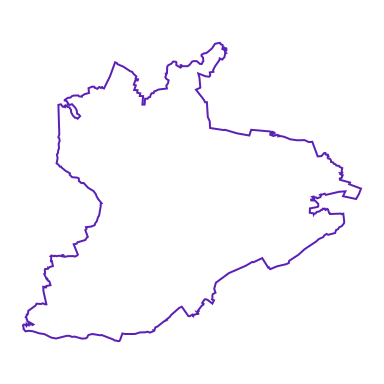 Beresti-Tazlau, Bacau, Romania
{"feature_id": "2599482B13595150483809", "entity_name": "Beresti-Tazlau", "entity_type": "district", "adm_level": 2, "iso_a3": "ROU", "parent_name": "Romania", "parent_adm1": "Bacau", "projection": "natural_earth1", "projection_center": [26.669, 46.487], "detail": "fine", "context": "isolated", "style": "outline", "palette": "violet", "viewbox_px": 384, "rotation_deg": 0, "n_neighbors": 0, "source": "geoboundaries", "source_scale": "gbopen_adm2", "svg_char_len": 5821}
<svg xmlns="http://www.w3.org/2000/svg" viewBox="0 0 384 384"><path d="M150.0,332.6L153.6,331.1L153.4,330.3L154.4,330.4L155.4,327.3L157.4,326.6L164.1,321.3L166.4,320.3L166.7,320.1L166.2,319.8L170.0,316.7L171.0,315.1L179.2,307.9L181.8,306.7L188.4,316.1L189.6,316.2L192.3,314.7L192.7,315.6L193.5,315.0L193.6,315.5L193.9,315.0L196.3,314.0L198.0,314.0L198.3,313.7L196.9,312.0L197.3,312.1L197.7,311.3L198.2,311.6L198.7,311.1L198.2,310.7L198.5,309.9L202.0,305.4L203.3,304.8L203.6,303.9L202.2,302.9L204.6,299.4L205.6,299.2L207.6,299.9L212.4,303.6L214.0,300.3L212.0,299.4L212.5,297.5L212.4,295.4L212.8,294.1L215.5,292.7L214.2,288.8L215.9,282.7L228.9,273.1L245.9,265.7L252.3,261.9L253.6,262.2L262.2,258.1L268.2,267.6L268.8,267.2L270.1,269.2L277.1,266.3L286.1,264.2L288.8,263.0L289.2,260.8L298.4,254.8L304.7,249.1L315.9,241.7L318.9,239.0L323.1,237.2L324.3,235.4L326.6,233.9L328.2,234.8L335.1,233.0L336.1,230.0L338.0,229.2L339.1,227.4L341.9,226.0L344.0,223.3L344.2,221.5L343.3,213.7L341.6,214.2L341.0,213.6L330.0,214.0L329.8,213.2L329.1,213.0L328.0,209.5L327.3,208.9L325.6,209.9L325.1,208.7L324.6,208.6L324.4,209.2L322.7,208.7L322.0,210.0L320.6,210.3L319.7,211.3L316.6,212.0L315.5,213.5L314.3,213.6L313.8,214.4L313.7,213.4L309.8,212.8L309.9,208.4L317.8,206.9L318.3,206.1L318.2,203.8L314.9,200.5L311.2,200.4L311.1,199.6L314.5,199.1L313.7,198.9L313.0,197.4L312.3,196.9L313.6,196.5L314.5,198.1L315.0,197.3L316.4,197.5L317.1,198.3L320.3,197.2L320.9,196.1L320.9,195.5L320.1,194.9L321.0,194.4L322.0,194.6L324.8,193.7L325.8,194.9L339.0,191.8L345.4,191.3L343.0,196.2L356.1,199.0L359.0,193.9L361.0,188.6L349.1,184.2L350.0,182.5L339.9,179.8L339.8,178.5L341.5,178.0L342.2,176.7L342.0,176.0L342.7,175.4L342.6,174.9L340.4,174.2L340.6,173.7L340.1,173.1L341.9,173.1L342.4,172.6L341.6,171.2L342.3,168.1L339.6,166.9L339.1,165.9L336.3,165.5L335.6,164.3L333.7,163.7L333.2,162.5L331.0,161.9L331.0,160.4L330.0,158.8L328.2,158.5L327.7,157.7L327.8,156.1L328.4,156.1L327.9,154.7L325.8,154.6L325.5,153.1L325.1,152.9L324.1,153.1L321.4,156.1L317.7,156.4L312.3,141.8L308.9,142.1L304.5,140.1L297.3,140.3L290.3,139.3L284.2,136.8L280.8,136.1L278.5,136.3L279.0,135.5L277.2,134.8L273.4,136.0L270.2,134.7L270.5,133.3L272.7,133.8L274.6,133.4L274.5,132.7L272.5,131.8L271.8,132.0L269.5,131.4L251.2,129.8L249.3,135.5L237.3,133.4L225.0,129.8L223.9,130.1L210.1,128.0L209.7,121.2L207.8,117.0L206.9,102.2L205.1,102.3L203.8,99.7L196.0,89.7L200.3,87.7L199.5,78.0L198.3,73.5L205.6,76.3L209.2,76.7L210.2,75.6L209.8,72.4L213.4,71.8L213.1,70.1L215.1,66.2L219.3,60.3L219.7,58.4L222.2,59.6L224.5,57.0L225.1,53.7L226.2,53.1L225.0,52.0L224.8,50.8L224.9,50.4L226.3,50.5L226.4,50.2L225.3,49.9L226.3,48.8L226.2,48.3L224.4,48.0L224.2,48.5L224.0,47.8L223.4,48.2L223.2,49.4L222.3,49.0L222.9,46.8L222.6,45.0L220.6,44.2L220.5,43.3L219.6,42.8L215.0,43.8L212.0,48.4L207.8,52.0L206.1,53.1L204.0,53.4L201.6,54.7L201.5,55.9L203.1,57.7L203.3,61.3L202.4,62.2L202.2,63.5L201.7,64.0L199.9,63.9L196.7,61.1L193.6,61.1L192.1,61.6L189.9,64.5L187.7,66.2L182.4,66.2L181.4,65.1L180.7,65.1L180.9,67.4L180.5,67.6L176.3,65.1L176.4,62.4L175.9,61.8L173.2,61.5L171.4,63.7L168.4,65.1L167.2,66.7L167.0,72.9L166.9,73.5L165.8,73.6L166.0,75.5L165.3,77.2L166.4,78.9L168.6,80.3L168.0,83.3L166.3,85.6L166.9,88.5L158.7,89.5L154.0,91.6L153.6,93.2L151.8,93.2L150.8,94.5L150.1,97.0L148.6,97.3L147.7,98.7L145.1,98.7L144.6,104.6L142.4,104.6L143.1,96.1L139.8,96.0L140.3,93.4L137.2,92.7L137.5,90.2L134.2,90.0L135.8,85.4L133.8,84.7L135.5,80.0L137.6,80.5L138.0,79.3L136.6,79.2L135.6,78.3L136.4,76.5L133.4,73.7L132.2,71.9L130.2,71.2L123.6,66.8L117.4,64.1L116.9,63.1L115.1,62.3L110.0,76.3L104.0,88.5L102.5,87.9L102.2,87.1L101.6,87.1L100.9,87.9L99.2,87.0L97.4,88.8L94.6,87.7L94.4,86.8L92.4,86.6L88.5,88.2L89.0,93.0L84.7,94.1L81.9,95.9L81.8,96.7L78.9,96.3L78.2,95.4L73.5,95.6L72.0,96.1L70.4,97.6L67.9,97.8L64.7,100.0L64.7,100.5L66.1,100.8L67.2,101.6L67.5,102.8L68.3,103.6L67.7,104.3L68.0,104.7L69.9,104.9L72.0,104.2L75.3,107.7L76.7,110.4L77.1,113.6L79.1,114.8L80.1,116.2L77.6,118.7L76.4,117.8L75.1,117.8L72.8,115.4L71.2,112.4L70.9,109.7L69.2,107.2L67.8,107.0L65.4,105.3L64.6,106.0L64.9,107.1L62.7,106.7L60.9,104.3L58.4,104.9L59.3,134.5L58.3,137.2L59.2,138.3L59.7,140.6L58.7,143.7L59.0,148.7L58.2,150.2L57.9,153.2L56.9,154.4L57.6,158.2L56.6,163.4L58.4,164.6L59.9,166.6L61.1,166.7L61.2,167.2L65.5,170.8L69.9,173.3L69.7,174.7L72.1,177.2L77.0,177.6L78.8,178.4L79.0,181.2L80.4,182.0L80.6,182.6L81.7,183.1L83.7,183.0L88.0,187.7L93.5,191.0L95.9,194.3L96.5,196.1L98.2,199.1L101.7,203.4L100.7,204.0L100.7,206.3L99.1,215.6L98.0,217.2L96.9,221.1L95.3,223.2L94.6,225.2L91.1,226.6L86.0,227.1L86.6,228.7L85.3,230.1L87.8,236.9L87.0,237.4L85.3,240.0L77.5,242.3L76.8,243.6L73.7,244.3L77.9,254.7L77.2,255.5L74.7,256.6L73.7,256.1L68.7,256.1L64.3,256.8L63.4,255.1L62.6,255.1L62.1,255.2L62.3,256.3L59.1,255.7L56.5,256.2L55.1,255.7L54.1,256.2L52.1,255.6L51.2,255.6L50.6,256.3L51.3,256.5L51.0,261.2L51.9,261.1L52.9,266.1L50.1,266.9L48.6,267.9L48.1,267.6L47.9,268.8L45.2,269.0L44.8,269.8L45.1,273.4L44.2,274.0L46.7,279.2L47.3,278.8L48.1,280.7L49.4,281.4L50.5,285.2L46.4,286.0L46.1,287.4L45.1,287.4L45.1,286.8L43.2,286.8L43.5,291.5L46.4,304.3L44.9,304.4L43.9,303.6L42.3,303.4L41.2,304.0L36.5,303.7L35.5,305.6L28.3,310.8L28.0,313.5L27.6,314.4L26.8,314.5L26.9,315.3L25.7,317.2L26.4,317.9L27.5,321.2L33.4,324.5L32.7,325.0L31.9,324.3L31.0,324.6L28.6,323.7L28.8,325.3L27.0,325.0L26.5,324.2L26.3,325.8L25.4,324.8L23.8,324.5L23.0,325.3L23.7,328.2L23.5,328.8L25.5,331.3L28.9,330.8L32.6,331.2L39.2,333.3L44.4,334.1L51.3,337.6L56.1,338.5L66.9,335.8L69.7,335.9L71.9,336.9L74.7,336.6L81.9,338.6L85.6,338.4L87.2,337.4L88.0,335.5L89.0,334.8L92.4,334.0L100.2,335.3L101.6,335.0L113.5,339.6L114.3,340.3L118.7,341.2L119.4,341.0L120.2,339.7L122.4,333.5L125.2,334.0L134.9,334.0L140.0,332.4L145.3,332.3L147.4,331.7L150.0,332.6Z" fill="none" stroke="#5b21b6" stroke-width="2"/></svg>